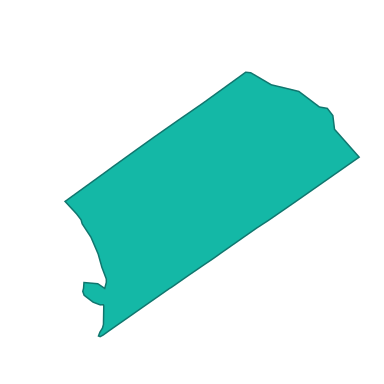 Lake, Indiana, United States of America (Albers equal-area conic projection), rotated 235°
{"feature_id": "52423323B96488388148981", "entity_name": "Lake", "entity_type": "district", "adm_level": 2, "iso_a3": "USA", "parent_name": "United States of America", "parent_adm1": "Indiana", "projection": "albers", "projection_center": [-87.421, 41.436], "detail": "fine", "context": "isolated", "style": "filled", "palette": "teal", "viewbox_px": 384, "rotation_deg": 235, "n_neighbors": 0, "source": "geoboundaries", "source_scale": "gbopen_adm2", "svg_char_len": 881}
<svg xmlns="http://www.w3.org/2000/svg" viewBox="0 0 384 384"><g transform="rotate(235 192 192)"><path d="M259.3,304.7L258.5,251.6L258.7,221.7L258.7,192.8L258.5,171.8L258.1,142.2L257.8,127.3L257.1,82.6L240.2,84.9L232.9,85.2L228.9,83.8L212.9,83.3L195.1,79.6L183.7,75.6L182.4,75.1L176.5,73.6L169.9,71.9L167.1,70.0L163.1,65.2L170.9,62.2L179.8,51.6L175.3,47.9L173.2,45.5L169.2,44.4L158.5,47.8L153.0,51.5L152.2,52.1L150.5,54.7L149.3,54.4L134.3,43.5L131.9,40.6L130.0,36.2L127.7,32.8L126.2,33.8L125.8,37.1L125.9,43.5L125.9,52.9L125.9,76.4L125.9,77.9L125.9,83.6L125.9,99.3L125.9,106.6L125.9,118.0L125.7,120.4L125.7,137.6L125.7,141.6L125.5,160.6L125.3,172.1L125.4,181.8L125.4,192.3L125.4,224.1L124.9,238.6L124.7,272.1L124.7,348.9L161.6,344.7L173.8,351.2L182.9,350.8L188.6,345.1L213.1,337.2L234.4,318.4L256.0,308.5L259.3,304.7Z" fill="#14b8a6" stroke="#0f766e" stroke-width="1.5"/></g></svg>